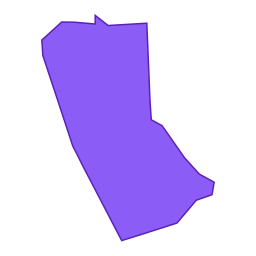 outline of Magdalena Teitipac, Oaxaca, Mexico
{"feature_id": "50627088B73961742428916", "entity_name": "Magdalena Teitipac", "entity_type": "district", "adm_level": 2, "iso_a3": "MEX", "parent_name": "Mexico", "parent_adm1": "Oaxaca", "projection": "mercator", "projection_center": [-96.555, 16.889], "detail": "fine", "context": "isolated", "style": "filled", "palette": "violet", "viewbox_px": 256, "rotation_deg": 0, "n_neighbors": 0, "source": "geoboundaries", "source_scale": "gbopen_adm2", "svg_char_len": 477}
<svg xmlns="http://www.w3.org/2000/svg" viewBox="0 0 256 256"><path d="M214.2,182.3L199.3,174.1L184.4,157.6L162.1,125.7L151.3,119.8L151.1,117.4L149.9,98.9L149.7,93.7L148.4,61.8L147.4,37.6L146.8,23.2L108.4,25.5L108.1,25.5L95.2,15.4L95.2,24.0L74.3,22.2L61.7,22.0L41.8,40.1L42.9,55.6L47.4,69.2L47.9,70.8L58.0,101.2L72.7,145.9L77.2,154.7L83.3,166.9L121.7,240.6L148.7,232.1L177.0,223.0L196.3,200.2L212.0,194.7L214.2,182.3Z" fill="#8b5cf6" stroke="#5b21b6" stroke-width="1.5"/></svg>